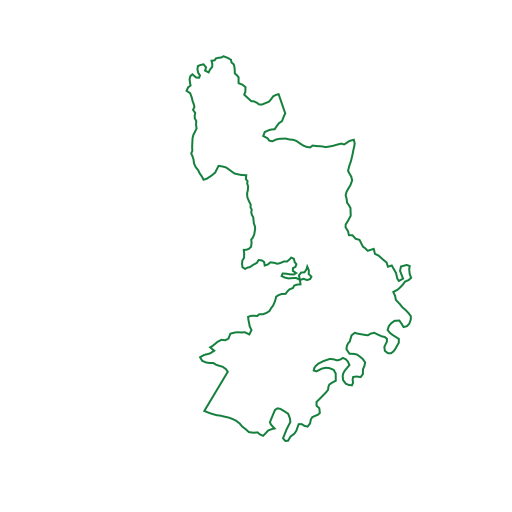 Entre-Ijuís, Rio Grande do Sul, Brazil, rotated 130°
{"feature_id": "56859067B25035213564080", "entity_name": "Entre-Ijuís", "entity_type": "district", "adm_level": 2, "iso_a3": "BRA", "parent_name": "Brazil", "parent_adm1": "Rio Grande do Sul", "projection": "albers", "projection_center": [-54.301, -28.49], "detail": "fine", "context": "isolated", "style": "outline", "palette": "green", "viewbox_px": 512, "rotation_deg": 130, "n_neighbors": 0, "source": "geoboundaries", "source_scale": "gbopen_adm2", "svg_char_len": 5825}
<svg xmlns="http://www.w3.org/2000/svg" viewBox="0 0 512 512"><g transform="rotate(130 256 256)"><path d="M367.4,112.4L363.8,112.8L361.3,113.8L357.4,115.2L355.4,112.9L355.0,109.7L353.5,106.8L349.4,107.0L346.0,108.9L343.3,109.3L340.8,108.1L337.7,106.5L335.2,106.2L331.9,109.7L331.8,113.3L329.0,115.8L319.5,115.0L315.1,114.7L312.0,114.8L309.8,116.4L307.3,117.2L304.1,116.3L300.3,114.7L294.8,119.4L293.3,123.3L294.8,127.9L296.8,130.7L299.7,133.0L302.1,134.1L305.5,135.5L306.6,138.2L304.4,139.3L302.0,139.6L298.5,139.1L293.0,136.7L287.4,133.3L285.4,130.4L283.7,126.6L281.0,124.8L278.2,123.9L277.4,120.8L277.8,117.9L279.5,114.3L287.1,114.3L290.1,113.6L292.4,112.3L295.1,109.5L296.1,105.1L295.1,101.9L293.4,99.4L290.7,100.2L288.5,102.6L286.2,103.8L283.6,101.4L281.5,98.0L277.8,98.2L273.9,101.3L270.5,102.3L267.4,104.0L266.3,107.8L266.3,112.2L266.6,115.3L268.0,118.0L270.8,121.6L269.3,126.8L266.2,128.7L263.7,129.3L261.2,129.2L258.4,130.5L255.3,131.8L251.3,130.9L250.3,128.5L248.6,125.6L246.6,122.1L244.8,119.3L241.8,118.3L238.8,116.0L237.8,111.9L236.7,108.0L235.3,105.4L235.2,102.6L237.4,100.7L240.0,100.1L243.2,99.2L245.8,96.3L245.7,92.5L243.8,90.1L241.0,89.4L238.0,89.5L234.9,90.1L230.6,90.9L227.7,93.3L228.1,96.2L228.7,100.7L228.8,104.1L228.1,107.6L224.2,109.2L220.6,109.2L216.6,108.2L213.3,104.7L214.4,100.7L215.6,97.3L212.8,95.3L209.5,95.0L205.2,96.6L202.6,98.7L201.7,102.4L201.2,107.0L201.2,111.0L200.4,114.8L199.7,120.7L197.2,123.7L195.3,127.7L190.6,125.8L187.6,125.4L184.0,125.1L179.9,125.4L176.3,123.6L173.0,123.1L171.0,126.7L167.6,130.2L164.9,131.8L166.0,134.8L170.9,138.2L174.8,136.1L178.8,128.8L183.3,130.5L182.5,133.2L179.1,137.7L176.0,145.9L179.4,148.0L177.0,151.9L177.1,155.7L176.9,162.4L177.9,166.2L174.9,170.4L180.2,173.8L179.9,177.5L180.1,180.1L177.1,187.1L178.8,190.8L178.1,195.4L180.3,198.2L177.9,201.4L176.4,205.9L174.1,207.6L170.7,208.0L164.3,209.3L158.5,214.5L157.3,217.7L156.6,220.5L154.0,223.3L151.8,226.4L148.6,227.9L144.5,228.7L141.1,229.2L136.3,230.9L134.0,234.0L132.9,237.1L131.6,240.2L128.5,241.8L125.7,243.0L122.2,244.3L118.8,246.0L116.4,247.2L113.0,249.1L108.9,251.2L106.4,252.7L104.1,255.8L107.9,258.4L111.2,259.3L113.9,260.2L115.1,262.9L117.1,264.4L119.6,266.2L121.7,267.5L124.4,269.7L127.7,272.5L130.0,276.5L132.6,279.9L135.0,283.6L138.0,284.3L139.8,287.2L140.9,290.3L141.5,294.4L141.9,299.0L143.0,302.1L145.2,305.2L147.0,308.8L149.2,311.2L151.4,313.6L154.1,315.6L157.6,317.2L159.1,320.0L158.4,322.8L159.4,327.6L155.4,329.0L151.7,327.2L149.3,325.6L146.9,323.2L143.0,323.6L139.6,323.8L135.9,322.8L133.0,323.8L130.3,324.7L128.0,325.2L117.5,342.7L119.8,344.3L122.7,345.5L126.3,345.2L129.5,345.3L136.2,348.8L137.9,351.0L138.1,354.1L138.9,357.0L140.4,359.2L140.2,364.5L140.0,368.7L136.9,369.8L133.4,372.6L133.5,376.6L134.8,380.4L132.5,382.4L130.3,384.2L129.8,386.8L129.8,389.5L127.9,391.2L125.6,393.4L123.5,396.2L123.5,399.2L121.8,401.2L122.4,404.9L123.9,409.3L126.3,410.2L128.2,412.1L130.4,413.7L132.8,413.5L135.0,415.6L136.9,413.0L139.3,411.1L142.6,411.1L145.8,410.3L146.7,414.2L143.6,415.5L142.9,419.4L145.5,421.4L147.9,422.6L150.8,420.7L152.8,418.1L153.7,415.0L156.0,414.2L157.8,416.6L157.7,421.5L160.4,421.9L163.2,420.6L165.6,418.0L167.5,415.7L170.4,416.4L174.1,415.4L173.6,411.1L176.0,406.9L178.2,404.0L179.7,401.2L181.5,398.9L184.5,398.2L185.5,394.5L188.0,393.1L189.9,391.4L191.0,388.5L194.0,386.3L196.5,383.5L200.4,382.5L203.3,381.9L206.4,380.4L210.3,377.5L213.8,374.8L216.3,372.4L219.1,371.5L220.4,368.8L222.0,366.2L224.9,363.0L226.7,359.3L227.4,355.5L228.9,352.3L229.9,348.5L231.3,345.2L228.5,343.4L222.8,341.7L218.3,340.9L214.6,341.8L211.0,342.6L209.0,339.3L207.4,335.8L207.1,332.0L206.9,328.6L206.6,325.4L205.3,322.9L203.7,319.9L202.1,317.6L200.4,315.4L203.6,313.2L204.1,310.6L206.2,309.3L207.7,306.8L210.6,304.7L213.7,303.1L216.4,300.6L218.3,297.1L220.1,293.0L222.2,291.6L223.3,289.0L225.5,287.8L227.2,285.5L228.1,283.0L229.9,281.2L232.4,278.6L234.1,275.7L235.9,274.0L238.1,272.7L240.9,271.1L244.1,270.2L246.5,270.2L248.8,267.8L252.2,265.7L255.2,266.1L257.4,267.4L259.2,269.3L261.5,266.8L265.1,264.0L268.3,263.5L270.8,261.8L273.3,259.2L272.9,256.0L270.4,255.1L268.4,253.5L265.0,252.6L260.6,250.9L257.4,251.4L255.6,248.6L255.4,245.9L257.7,243.2L254.9,241.5L251.6,240.9L249.4,237.5L248.3,234.7L246.0,233.0L242.1,231.0L240.3,228.7L237.2,228.1L234.6,228.0L233.8,225.3L235.8,222.4L236.3,219.8L239.0,218.8L241.6,219.9L243.7,218.2L243.3,214.3L245.8,215.1L248.1,218.0L250.6,222.2L252.3,224.3L254.9,223.5L254.0,220.0L252.3,216.7L250.0,214.4L247.0,211.1L246.1,206.9L249.1,203.7L251.6,206.2L254.1,207.7L256.7,207.1L260.0,208.9L263.0,209.2L266.0,209.0L268.6,211.9L271.3,213.5L274.2,214.4L276.8,213.1L279.6,212.0L283.2,211.0L286.4,210.9L289.5,210.3L292.8,211.4L296.0,213.1L298.6,216.1L301.2,216.5L303.1,219.2L305.2,221.5L307.7,222.9L309.7,220.9L311.3,218.8L313.8,215.8L315.7,211.8L320.4,210.7L321.5,215.4L324.2,218.3L325.7,220.4L327.8,222.7L332.0,225.7L337.0,224.0L340.3,225.4L342.4,228.6L346.5,230.3L349.9,230.9L352.9,231.5L355.4,232.4L355.4,227.1L360.4,228.7L365.1,232.1L369.5,233.8L370.9,229.8L369.6,225.7L368.1,223.2L365.4,219.9L365.0,216.9L364.1,214.4L362.3,210.4L362.0,206.4L362.8,203.2L407.9,196.0L407.0,193.0L405.9,189.9L404.8,187.3L403.3,183.9L401.1,180.5L399.4,177.0L398.1,174.6L396.9,172.0L395.9,169.0L395.0,165.6L394.8,160.9L395.5,157.0L395.3,152.5L395.5,148.2L392.8,144.1L390.1,141.4L390.2,138.6L389.2,135.0L385.7,134.7L381.8,134.5L378.4,132.6L376.2,130.9L375.9,133.6L375.5,136.2L374.4,138.5L369.7,140.0L365.7,141.3L361.6,142.5L358.9,141.6L357.5,139.2L356.7,134.4L356.2,129.9L358.6,125.6L361.1,123.0L368.9,121.2L378.3,118.1L378.8,114.6L376.9,112.7L372.1,113.5L367.4,112.4ZM246.1,206.9L243.3,210.6L239.7,210.8L237.4,208.4L234.0,208.7L231.2,209.9L233.0,206.3L235.9,204.1L236.2,200.3L238.8,199.7L241.6,201.4L242.9,204.9L246.1,206.9Z" fill="none" stroke="#15803d" stroke-width="2"/></g></svg>